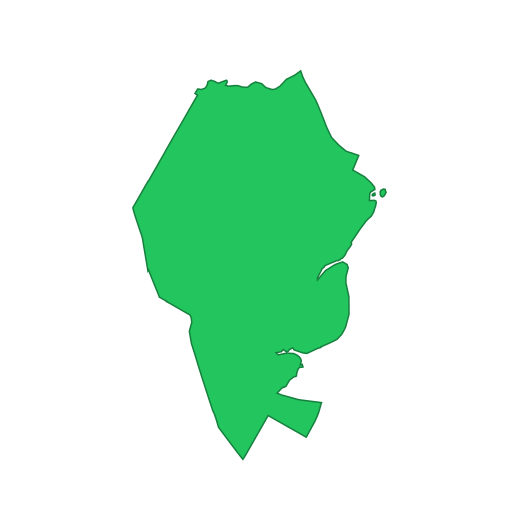 outline of Palmerston, Northern Territory, Australia, rotated 210°
{"feature_id": "25037944B38638552543628", "entity_name": "Palmerston", "entity_type": "district", "adm_level": 2, "iso_a3": "AUS", "parent_name": "Australia", "parent_adm1": "Northern Territory", "projection": "robinson", "projection_center": [130.965, -12.493], "detail": "fine", "context": "isolated", "style": "filled", "palette": "green", "viewbox_px": 512, "rotation_deg": 210, "n_neighbors": 0, "source": "geoboundaries", "source_scale": "gbopen_adm2", "svg_char_len": 3377}
<svg xmlns="http://www.w3.org/2000/svg" viewBox="0 0 512 512"><g transform="rotate(210 256 256)"><path d="M165.7,73.3L165.5,76.3L165.5,83.9L165.7,122.1L165.7,123.9L121.9,124.2L122.3,141.8L122.8,147.1L123.3,150.7L124.1,154.3L125.3,158.9L125.6,160.2L125.9,161.8L126.9,161.4L144.5,154.0L147.3,152.9L150.2,152.1L159.5,149.7L164.9,148.3L165.8,148.3L169.2,147.7L167.6,154.3L167.6,154.6L167.4,154.8L167.3,155.1L167.2,155.4L167.2,155.6L167.1,155.8L166.9,155.8L166.4,155.9L166.3,156.1L166.0,156.4L165.6,157.3L164.9,157.9L164.9,165.2L162.8,170.3L161.3,171.5L161.1,172.1L161.0,172.5L161.3,172.9L161.6,173.5L161.8,174.3L162.2,175.1L162.5,176.5L162.8,177.9L163.0,179.3L162.6,181.3L162.0,181.7L160.9,182.5L159.8,183.4L161.9,185.3L163.2,183.8L164.2,187.6L165.6,189.1L168.0,190.3L171.4,190.7L174.8,190.3L180.9,187.2L187.3,181.5L190.3,182.2L186.3,185.7L185.5,188.6L181.9,188.3L180.5,189.5L180.2,191.8L178.2,194.8L176.1,193.7L166.6,195.6L163.2,197.1L156.5,206.7L154.1,209.3L154.4,209.7L148.3,218.1L144.2,224.2L142.6,231.1L142.6,234.9L142.9,239.5L143.0,239.7L146.3,252.0L155.2,267.2L164.8,277.8L167.8,283.2L170.2,291.9L172.9,294.2L178.0,294.2L183.1,288.4L188.5,278.2L190.8,266.1L191.9,267.9L192.3,278.2L191.3,280.8L191.6,282.0L183.8,292.3L182.5,293.0L181.1,295.3L181.1,296.5L180.1,297.2L179.4,301.0L179.7,305.8L179.7,306.7L179.1,310.9L179.1,314.0L180.4,315.6L179.3,331.6L179.3,331.8L178.1,341.4L177.1,345.2L176.1,347.9L176.1,353.2L176.8,355.8L177.5,359.3L178.5,362.3L179.5,363.5L181.2,363.5L185.5,360.7L188.7,366.9L188.7,368.8L186.3,373.0L187.7,374.8L192.5,376.8L201.7,378.9L215.2,378.8L217.3,394.5L230.3,391.8L239.7,393.4L250.0,396.5L259.4,403.0L270.9,412.3L279.5,418.9L279.6,419.0L282.8,421.2L292.4,426.7L300.0,431.0L304.9,434.4L309.9,438.7L312.8,432.1L318.0,424.2L320.2,414.9L322.8,410.1L325.3,408.2L331.8,406.8L337.3,408.1L343.4,406.5L346.0,402.6L347.4,398.6L348.1,397.5L352.6,395.4L356.6,394.6L359.4,393.1L364.8,389.3L367.7,388.6L367.8,391.9L368.5,393.1L369.6,393.4L374.6,387.3L375.6,386.6L379.0,386.6L379.7,386.4L382.8,385.8L384.8,383.1L383.8,379.7L383.8,376.3L386.5,372.9L389.6,371.7L390.0,371.5L390.1,367.9L390.1,366.2L387.1,366.1L387.1,361.3L387.1,349.6L387.0,341.5L387.0,333.0L387.0,332.3L387.0,316.4L386.9,302.4L386.8,297.9L386.8,289.9L386.8,289.3L386.7,283.3L386.7,278.5L386.7,274.3L386.6,266.7L386.9,267.3L386.9,264.5L386.9,264.0L386.8,245.1L386.8,236.4L386.3,235.7L384.6,233.9L384.4,233.7L383.9,233.3L383.4,232.7L382.5,231.9L382.0,231.4L380.0,229.6L367.7,218.7L366.6,217.8L366.0,217.2L365.2,216.6L364.7,216.1L364.3,215.6L363.7,215.1L363.2,214.5L362.6,213.9L362.1,213.3L361.6,212.6L356.9,206.9L342.1,189.0L342.1,190.2L341.0,189.3L340.2,188.7L339.8,188.3L327.0,178.3L322.2,174.6L319.1,172.0L314.9,172.1L311.1,172.1L310.7,172.1L310.8,171.8L298.1,171.9L290.8,171.9L288.5,171.9L285.8,171.9L284.4,172.0L283.8,171.9L283.3,171.6L282.7,171.3L282.4,171.0L282.1,170.8L281.4,170.3L278.5,166.6L276.1,157.5L268.3,148.1L265.4,145.4L260.0,140.5L257.0,137.7L253.2,134.1L251.9,132.9L242.6,124.3L232.3,115.0L224.2,107.7L215.7,100.1L213.6,98.8L209.9,95.6L209.6,95.4L209.3,95.1L208.1,94.0L202.8,88.9L186.9,82.1L175.1,77.1L165.7,73.3ZM177.5,370.3L176.1,370.3L175.1,372.2L175.1,376.0L177.5,378.3L178.9,377.9L180.6,375.6L180.6,373.7L178.9,371.1L177.5,370.3ZM184.6,369.9L185.3,369.2L186.0,367.6L185.6,366.5L184.6,366.5L183.3,368.4L184.6,369.9Z" fill="#22c55e" stroke="#15803d" stroke-width="1.5"/></g></svg>